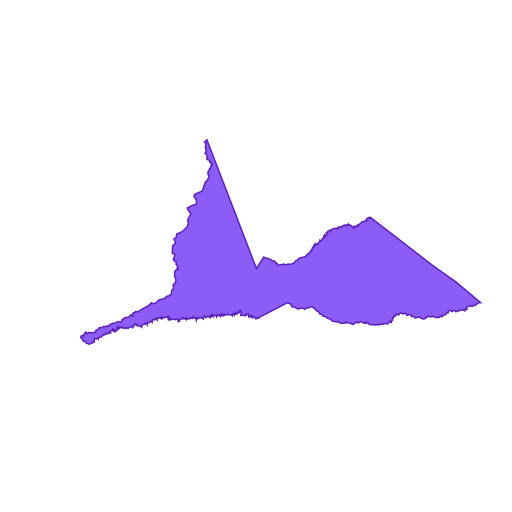 Tahuamanu, Madre de Dios, Peru, rotated 339°
{"feature_id": "86281439B15199345066694", "entity_name": "Tahuamanu", "entity_type": "district", "adm_level": 2, "iso_a3": "PER", "parent_name": "Peru", "parent_adm1": "Madre de Dios", "projection": "albers", "projection_center": [-70.382, -10.903], "detail": "fine", "context": "isolated", "style": "filled", "palette": "violet", "viewbox_px": 512, "rotation_deg": 339, "n_neighbors": 0, "source": "geoboundaries", "source_scale": "gbopen_adm2", "svg_char_len": 6090}
<svg xmlns="http://www.w3.org/2000/svg" viewBox="0 0 512 512"><g transform="rotate(339 256 256)"><path d="M64.1,273.4L66.1,274.6L66.2,276.3L68.8,278.6L72.0,278.5L72.5,278.0L73.8,278.6L75.9,275.0L77.3,276.4L78.8,275.9L79.1,277.0L80.1,275.7L83.2,276.1L83.8,275.2L85.4,274.9L85.7,275.4L87.6,275.0L87.6,275.8L88.0,274.7L90.1,275.5L90.8,274.6L92.5,275.8L92.5,274.6L94.6,273.9L95.4,274.4L95.9,273.2L96.1,274.3L96.8,273.5L97.5,273.9L96.9,275.5L97.8,275.7L97.2,276.1L97.7,276.4L98.4,275.6L100.3,275.4L100.4,274.3L102.0,274.7L102.3,274.0L101.0,272.9L101.1,272.3L102.8,273.3L102.8,274.1L103.3,273.5L104.3,274.7L105.3,274.0L105.6,275.4L106.6,275.4L107.0,276.3L108.2,276.0L108.5,277.0L109.8,276.6L110.5,277.7L114.7,277.1L115.1,278.7L118.6,276.0L118.8,276.9L119.9,276.7L119.7,278.1L120.5,279.0L122.2,279.4L123.0,280.6L123.8,280.4L123.9,281.2L124.9,279.6L127.1,279.4L127.9,280.1L128.9,279.0L129.8,279.7L129.9,281.0L130.7,279.4L132.3,280.0L134.0,279.1L135.4,280.8L136.0,279.0L137.1,278.3L138.5,279.5L139.9,278.0L140.8,280.3L141.2,278.7L142.2,278.5L145.9,281.1L146.3,280.5L145.7,279.2L146.4,279.1L148.5,281.0L150.4,280.8L151.6,281.5L152.4,280.6L153.2,281.7L152.0,282.2L152.3,283.4L151.3,283.4L151.4,284.2L152.1,284.2L152.8,283.0L153.4,283.9L153.0,285.0L155.1,284.7L157.8,286.5L159.5,286.1L160.5,287.8L159.8,289.0L160.6,289.8L161.2,289.4L160.5,288.7L160.9,288.1L163.8,288.1L165.2,286.9L165.8,288.9L168.3,288.6L167.7,290.1L168.2,290.7L169.4,290.0L171.2,290.8L172.1,289.9L174.1,291.6L175.2,291.3L175.9,290.0L176.3,291.9L177.6,292.4L177.2,294.7L179.1,292.4L179.4,293.6L182.6,293.9L184.3,295.9L184.7,294.2L186.2,293.6L186.9,295.6L189.6,294.9L191.1,297.2L192.1,295.5L193.5,294.8L192.9,296.3L194.1,297.4L194.6,296.0L195.8,296.8L197.3,296.7L197.4,298.6L198.6,297.0L199.8,298.5L201.5,297.9L201.2,299.7L202.0,299.3L202.3,297.7L203.4,297.9L203.8,300.2L204.7,300.1L205.4,298.9L205.9,299.9L208.0,300.7L209.9,300.6L210.4,301.6L212.0,302.1L212.5,303.4L213.8,301.6L214.7,301.9L214.7,303.4L216.7,301.7L216.3,303.8L217.2,302.5L218.1,303.2L219.2,302.4L220.2,303.0L220.1,301.4L221.8,301.3L222.0,303.6L220.5,306.0L223.3,306.8L224.0,307.8L224.8,307.4L225.8,307.9L226.8,306.8L228.1,307.5L227.4,310.4L229.1,310.4L230.4,312.0L230.4,310.5L229.6,309.7L230.3,309.6L231.7,312.0L232.8,312.7L233.4,314.8L234.8,314.2L235.9,314.8L235.6,313.7L236.3,314.5L268.5,310.9L271.2,313.4L271.4,316.3L273.4,317.2L276.0,320.5L280.3,320.9L282.7,323.3L284.6,322.3L286.1,323.2L289.1,323.1L290.8,324.2L291.1,325.3L292.1,325.9L292.7,328.5L294.3,330.3L294.8,332.8L296.7,334.2L296.8,336.1L299.5,337.7L299.9,339.4L302.6,341.5L304.2,344.5L308.3,346.7L309.4,346.6L309.7,348.0L311.7,349.4L314.8,350.5L316.3,349.8L316.9,351.1L318.9,351.6L321.9,354.7L326.1,353.7L327.5,355.1L330.3,354.7L333.2,357.8L334.8,356.8L335.0,358.3L336.6,358.1L336.5,359.1L337.8,360.8L340.0,362.0L340.7,361.7L342.3,363.2L344.6,363.4L346.1,364.5L347.9,363.7L349.1,365.2L352.7,365.3L354.5,366.7L356.8,365.3L358.5,366.5L359.0,364.6L360.2,365.1L360.6,363.8L361.9,363.4L362.2,362.1L364.2,361.5L364.4,362.1L365.5,361.3L365.4,360.7L366.9,360.8L367.8,362.2L370.3,360.9L372.1,361.8L372.0,362.6L375.0,363.0L375.7,364.2L375.4,365.3L378.5,365.8L379.9,367.5L379.6,368.3L382.2,369.2L382.2,370.9L386.1,371.3L389.4,374.7L391.2,375.1L392.6,374.2L393.4,374.7L394.4,374.0L395.8,374.0L396.2,374.9L400.4,376.4L402.6,378.4L403.3,378.1L405.1,379.1L406.5,378.2L408.0,379.4L410.6,378.0L411.6,378.8L414.4,377.3L415.1,377.8L416.1,376.1L417.1,376.1L419.3,378.1L419.8,377.4L422.2,378.4L422.5,379.6L429.3,380.1L431.4,382.1L432.8,381.0L433.6,381.2L433.3,380.7L433.9,380.9L434.3,379.4L435.5,379.0L438.1,379.1L438.6,380.1L440.5,380.5L442.1,379.9L443.1,380.7L443.9,379.8L446.0,380.1L447.5,379.3L448.9,379.9L433.1,351.5L418.2,329.2L376.5,260.7L375.2,260.6L375.7,261.5L374.0,260.7L372.7,261.2L372.5,262.7L371.3,261.8L369.7,262.7L366.7,262.1L365.6,263.2L362.9,263.4L362.1,264.5L361.7,263.6L359.7,264.9L359.1,263.5L357.2,264.8L357.1,263.6L354.5,260.4L353.0,260.5L353.4,259.3L352.2,259.9L351.1,259.2L350.4,259.8L349.7,258.9L348.4,258.8L345.9,259.7L345.8,259.1L343.6,258.6L342.7,259.8L342.2,258.9L340.9,259.4L340.3,258.6L337.6,258.1L335.7,258.7L335.2,259.7L334.8,258.6L333.7,258.3L331.2,259.0L331.1,260.1L330.3,259.9L330.7,260.6L328.8,261.6L327.8,260.8L327.5,262.4L326.4,261.8L325.8,263.5L324.8,263.2L322.4,265.1L321.3,264.2L321.2,265.3L318.1,266.3L317.9,267.0L316.1,266.8L316.0,265.9L315.4,266.5L314.5,266.2L314.3,267.3L313.1,267.4L312.8,268.7L311.8,268.5L310.1,270.5L309.0,270.5L308.8,271.4L306.9,271.9L306.7,272.9L304.5,272.7L301.8,274.4L296.7,273.5L294.0,274.1L293.1,275.0L291.7,274.7L288.6,276.4L284.6,276.0L283.1,275.0L280.8,275.2L279.3,273.6L273.1,272.5L273.1,271.0L271.4,267.4L269.4,266.2L267.8,263.8L265.1,261.7L263.8,261.3L263.0,259.7L251.9,267.8L251.8,129.9L248.7,131.2L249.5,133.0L247.4,137.0L247.6,139.4L245.3,141.8L246.6,145.3L245.6,146.0L244.8,148.2L247.2,150.3L246.3,151.7L248.1,153.8L247.1,154.6L247.5,155.1L246.1,155.8L245.0,157.6L243.7,157.9L243.4,159.1L241.7,159.8L240.5,162.1L240.7,165.1L237.3,168.1L235.4,168.7L229.0,176.1L221.4,176.4L219.7,177.5L219.5,179.2L220.5,182.2L218.7,186.4L215.0,185.9L209.2,186.5L208.9,187.8L210.4,193.1L204.8,198.2L205.3,199.5L202.4,204.0L196.0,206.8L193.4,206.9L192.4,207.6L191.3,206.8L189.9,207.2L187.7,210.5L185.6,210.5L185.5,215.2L181.8,216.5L178.9,223.4L180.6,225.3L179.8,227.3L177.6,229.4L178.0,231.5L179.5,233.0L178.4,234.9L179.2,238.5L177.9,239.1L178.8,240.6L176.0,240.5L174.4,241.6L172.8,245.8L172.7,249.9L170.1,252.8L168.4,253.0L167.4,256.9L165.1,257.8L163.0,261.8L161.1,261.5L160.1,262.3L158.2,261.5L155.9,262.8L148.7,262.3L147.1,263.6L144.5,263.9L142.2,263.3L141.6,262.2L138.4,263.7L127.3,265.3L126.0,266.0L123.7,264.6L122.2,265.6L121.2,264.9L119.8,266.3L119.5,267.8L117.9,266.1L115.3,267.4L111.8,266.7L108.3,267.4L106.0,269.6L103.7,267.7L100.1,268.2L98.0,267.5L94.6,267.8L94.3,268.5L92.8,268.7L92.0,267.9L89.0,267.8L88.2,267.1L87.0,267.7L84.1,266.8L81.8,268.0L80.1,267.9L78.8,269.7L74.2,268.5L72.8,267.5L70.3,267.8L70.0,265.9L67.0,267.7L66.4,269.0L64.5,267.8L63.9,268.3L63.1,269.5L64.4,271.8L64.1,273.4Z" fill="#8b5cf6" stroke="#5b21b6" stroke-width="1.5"/></g></svg>